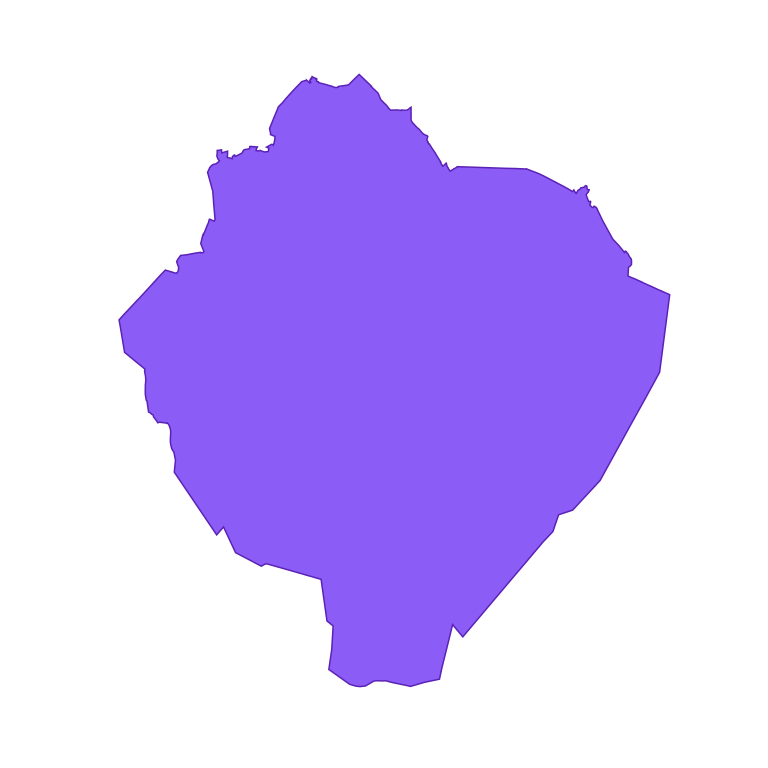 outline of Winterswijk, Gelderland, Netherlands, rotated 98°
{"feature_id": "6326949B79169073187594", "entity_name": "Winterswijk", "entity_type": "district", "adm_level": 2, "iso_a3": "NLD", "parent_name": "Netherlands", "parent_adm1": "Gelderland", "projection": "robinson", "projection_center": [6.688, 51.968], "detail": "fine", "context": "isolated", "style": "filled", "palette": "violet", "viewbox_px": 768, "rotation_deg": 98, "n_neighbors": 0, "source": "geoboundaries", "source_scale": "gbopen_adm2", "svg_char_len": 5900}
<svg xmlns="http://www.w3.org/2000/svg" viewBox="0 0 768 768"><g transform="rotate(98 384 384)"><path d="M198.9,588.2L216.9,580.4L230.7,577.4L244.6,574.2L245.0,574.2L245.2,574.4L246.1,574.9L246.5,575.1L246.2,575.8L245.9,576.3L245.8,577.1L245.1,579.1L245.1,579.8L246.6,580.1L248.7,580.3L251.7,581.2L256.4,582.3L257.8,582.7L258.4,582.7L258.9,583.0L259.1,583.1L259.4,583.2L260.0,583.4L260.5,583.3L260.9,583.6L261.0,584.0L261.3,584.1L261.5,584.0L261.7,583.6L262.0,583.6L262.2,584.0L262.6,584.1L262.9,584.3L270.4,585.0L278.1,580.7L279.1,581.5L279.6,583.4L279.1,583.8L280.9,589.8L283.6,597.7L285.0,603.3L288.3,605.1L291.5,606.4L293.1,605.7L295.7,604.4L296.3,603.8L298.1,603.5L298.8,603.6L300.1,603.5L301.3,603.7L301.9,603.9L302.4,604.5L303.3,605.0L302.8,608.7L301.6,616.4L304.1,618.2L308.4,621.3L317.2,627.3L320.7,629.7L326.2,633.5L333.7,638.7L335.0,639.7L344.8,646.6L351.0,651.0L357.4,655.3L363.7,653.2L382.5,647.3L385.8,646.2L388.6,645.4L388.9,645.1L396.7,632.4L402.5,622.8L404.5,622.9L406.5,622.3L409.0,621.4L410.7,621.0L412.6,620.6L415.2,620.3L418.2,620.2L424.4,619.4L427.6,618.9L433.1,617.2L433.6,616.5L436.4,615.6L444.6,613.2L445.0,611.5L446.0,610.4L446.9,608.3L448.7,607.6L452.0,604.2L453.9,602.6L453.1,601.0L453.0,595.5L452.8,595.1L453.3,593.9L452.8,592.9L454.6,591.2L458.5,589.2L461.4,588.5L469.1,587.8L472.0,587.3L475.5,586.1L477.9,585.0L481.0,582.5L488.4,579.9L500.5,579.4L556.7,528.7L547.9,523.0L571.7,507.5L577.5,491.2L581.5,480.1L579.0,476.9L578.4,474.8L586.2,419.1L626.6,407.5L630.7,400.7L654.3,398.8L674.4,398.9L686.0,376.5L686.4,374.8L687.1,369.9L687.0,365.6L685.6,360.3L679.5,352.6L678.9,350.1L678.2,343.8L677.7,341.5L677.6,341.2L678.0,338.2L678.4,335.0L679.5,318.2L679.8,315.7L673.7,302.2L668.6,288.0L656.5,287.1L624.0,283.7L612.7,282.6L623.4,270.8L556.3,228.5L539.9,218.1L518.7,204.8L506.6,196.2L489.2,192.9L482.6,179.6L449.5,156.6L389.2,133.7L360.1,122.5L334.0,112.7L255.8,113.5L253.4,121.9L253.3,122.2L253.1,122.6L252.9,123.9L251.0,130.1L247.3,142.9L247.2,142.8L246.9,143.8L244.8,150.9L244.8,151.1L244.3,153.2L243.2,157.0L243.1,157.4L234.4,158.1L233.1,156.7L231.3,155.6L230.8,155.6L229.8,155.8L228.6,155.8L228.3,156.0L227.1,156.1L226.6,156.3L226.0,156.7L225.7,156.7L223.8,158.6L223.3,159.0L223.0,159.1L222.6,159.5L221.1,160.5L220.9,160.7L220.5,161.4L220.3,161.6L219.3,162.3L218.8,163.5L219.0,163.7L220.3,164.2L214.6,170.3L211.2,174.4L208.9,177.4L203.6,181.4L192.1,190.0L181.3,197.2L181.2,197.1L180.9,197.3L179.5,198.5L178.7,200.7L179.2,200.9L179.7,200.9L179.9,201.1L180.2,202.2L180.1,202.4L179.4,203.3L178.6,204.7L178.3,205.0L178.2,205.1L177.3,204.9L176.5,204.8L174.8,204.7L174.5,204.8L174.3,205.2L174.4,205.4L174.8,205.8L174.9,206.1L174.9,206.5L174.7,206.8L173.6,207.4L170.4,209.2L168.5,210.1L168.3,210.1L167.5,209.8L165.9,208.6L163.6,207.9L163.1,207.8L163.0,208.2L163.3,209.0L162.7,209.9L161.3,210.3L161.0,210.4L160.5,210.5L159.9,210.6L159.5,211.5L159.5,212.2L159.6,212.3L161.1,212.7L161.4,213.6L161.4,214.0L161.5,214.4L161.7,214.7L162.0,215.0L162.5,216.6L164.0,217.1L164.7,218.3L165.2,218.8L165.6,219.1L166.3,219.3L168.3,220.0L168.5,220.1L168.5,220.4L168.2,220.8L167.5,221.2L167.5,221.5L165.4,223.0L167.2,224.1L165.4,228.2L163.6,232.9L163.0,234.5L162.3,236.5L162.2,236.8L161.4,239.1L158.9,246.0L155.3,256.2L154.3,259.5L153.6,262.2L152.0,269.3L151.1,272.9L151.3,273.0L152.3,283.5L153.5,293.8L156.3,320.1L156.6,323.0L158.6,341.8L159.0,341.8L159.9,342.9L161.2,344.8L161.3,344.7L161.5,344.9L164.0,348.1L162.1,349.9L160.9,350.7L160.7,351.0L159.1,352.1L158.5,352.4L157.3,352.7L156.9,352.9L156.6,353.2L159.9,355.8L160.1,356.1L156.9,358.9L156.5,358.5L152.6,361.8L149.8,364.1L148.0,365.5L145.0,368.2L145.0,368.3L140.2,372.3L139.9,372.6L140.1,373.0L138.6,374.3L138.3,374.0L136.6,375.4L136.4,375.4L135.5,375.5L132.7,375.1L132.4,375.4L131.9,376.4L131.9,376.7L131.9,377.1L131.8,377.6L131.2,379.1L130.5,380.4L130.1,381.0L126.8,384.7L126.3,385.4L125.8,386.5L122.0,391.2L120.9,392.5L120.6,392.7L119.7,393.4L118.8,393.9L118.3,394.0L106.2,395.7L107.1,396.8L108.3,397.8L108.9,398.4L109.3,399.0L109.6,399.5L109.8,400.3L110.1,402.5L110.2,403.5L110.2,404.8L110.7,404.9L110.8,409.5L111.2,411.2L111.4,413.1L111.8,414.7L111.8,415.3L111.0,416.9L107.5,420.5L105.8,422.9L103.2,426.3L102.5,427.0L101.8,427.4L97.5,429.9L97.0,430.3L96.8,430.4L94.4,433.6L91.2,438.2L90.8,437.9L80.9,451.7L87.7,457.0L92.8,460.8L95.3,469.3L95.5,470.3L96.2,471.0L96.3,471.0L96.5,470.9L97.0,472.1L97.1,472.5L97.1,472.9L97.1,473.9L96.6,476.8L96.4,477.0L96.2,477.8L96.2,478.8L95.9,481.0L95.6,482.5L94.7,490.8L93.9,490.9L93.7,492.8L91.1,493.1L91.0,493.3L91.6,493.8L90.7,494.5L90.6,495.6L89.6,498.0L91.9,498.2L91.5,498.8L94.0,499.9L95.4,498.4L96.4,499.5L96.2,499.7L93.8,503.1L94.0,503.1L96.0,507.5L101.6,511.6L104.6,513.8L106.5,515.1L110.1,517.6L115.5,521.2L115.9,521.4L119.6,523.7L124.0,527.1L133.5,529.5L134.1,529.7L134.5,529.7L134.5,529.8L147.0,532.9L152.3,531.0L152.8,531.1L154.0,526.4L157.0,526.2L159.0,526.3L160.5,526.4L162.9,526.8L162.4,527.8L162.2,528.3L162.3,528.5L162.4,528.8L165.8,533.3L166.6,530.8L169.9,531.0L170.0,531.1L170.1,531.4L170.2,532.0L170.8,534.3L170.8,534.6L170.6,536.4L169.9,539.3L170.3,539.8L170.5,540.2L170.7,541.1L170.7,543.1L169.1,543.1L166.8,542.4L167.1,543.8L167.0,545.6L167.3,547.0L167.3,547.5L167.1,548.8L167.5,549.4L167.7,549.7L167.7,550.0L169.8,549.9L170.0,550.8L170.7,552.6L171.0,554.0L171.3,554.7L171.5,555.0L171.8,555.5L172.6,555.9L174.7,556.5L174.9,556.7L175.7,557.6L177.6,560.3L179.4,563.1L178.0,563.8L178.1,564.2L179.9,565.8L181.5,565.7L182.1,565.8L181.7,567.6L181.6,568.5L181.4,570.7L181.4,570.9L181.7,571.0L180.9,571.0L180.2,570.8L179.5,570.8L178.2,570.9L175.2,571.3L176.4,574.0L177.7,576.8L176.0,577.3L174.7,577.5L175.0,578.5L175.3,579.1L175.7,580.9L175.9,581.7L177.7,581.4L181.7,581.2L183.2,580.4L185.0,579.2L185.9,578.0L186.8,578.6L189.4,581.0L190.2,583.3L190.7,584.2L191.2,584.7L193.1,586.2L194.0,586.7L197.5,587.7L198.9,588.2Z" fill="#8b5cf6" stroke="#5b21b6" stroke-width="1.5"/></g></svg>